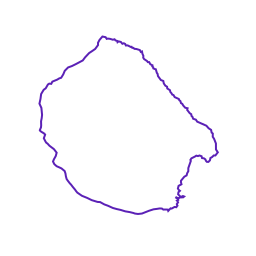 outline of Malabo, Bioko Norte, Equatorial Guinea, rotated 107°
{"feature_id": "11065452B197102371645", "entity_name": "Malabo", "entity_type": "district", "adm_level": 2, "iso_a3": "GNQ", "parent_name": "Equatorial Guinea", "parent_adm1": "Bioko Norte", "projection": "robinson", "projection_center": [8.719, 3.675], "detail": "fine", "context": "isolated", "style": "outline", "palette": "violet", "viewbox_px": 256, "rotation_deg": 107, "n_neighbors": 0, "source": "geoboundaries", "source_scale": "gbopen_adm2", "svg_char_len": 2823}
<svg xmlns="http://www.w3.org/2000/svg" viewBox="0 0 256 256"><g transform="rotate(107 128 128)"><path d="M195.5,65.3L192.4,63.8L192.3,62.7L189.9,60.4L189.6,58.6L188.8,58.5L187.8,58.0L186.5,59.1L184.5,58.4L184.0,59.0L183.5,59.1L183.1,59.9L182.1,58.9L181.2,59.4L180.6,61.6L180.2,61.5L180.5,59.8L179.9,58.6L179.1,57.8L178.2,55.0L177.1,54.3L177.0,55.6L178.0,56.6L178.2,58.1L176.7,60.7L174.7,61.0L172.9,60.0L172.4,61.3L171.3,62.6L168.5,62.7L166.2,60.4L164.2,61.6L162.9,61.9L158.1,59.9L156.2,58.1L154.0,58.2L151.7,57.7L148.7,58.6L141.1,58.3L140.3,59.0L138.5,58.5L135.6,55.5L134.5,54.6L134.4,52.9L133.4,51.6L133.5,49.4L135.1,48.4L134.8,46.5L135.4,44.8L136.5,44.0L137.3,42.7L136.9,41.2L135.0,40.2L132.6,40.4L131.1,39.0L129.2,38.0L128.7,36.4L125.0,35.0L122.8,37.6L117.1,39.4L113.2,42.5L111.6,44.4L108.5,45.3L107.9,46.7L105.5,48.0L104.7,50.8L102.9,53.7L101.7,63.7L100.2,65.5L100.1,68.4L98.4,69.7L98.0,70.7L96.3,71.6L95.8,73.3L93.4,76.7L91.7,76.8L91.9,79.2L90.4,81.7L89.0,83.2L88.7,84.6L86.9,85.8L86.5,87.0L85.4,87.9L84.8,92.4L83.2,94.1L83.1,95.5L82.1,96.5L81.1,98.1L79.6,98.9L78.7,102.0L77.1,102.7L76.6,104.7L74.9,106.8L72.7,108.0L72.5,110.6L69.6,114.5L67.5,115.6L66.9,116.5L63.7,118.6L63.8,119.5L63.6,121.2L62.5,121.7L62.0,122.8L60.9,122.9L60.5,125.3L58.8,127.0L59.2,128.3L58.4,129.4L57.4,132.7L56.3,134.0L54.5,134.4L52.8,135.9L50.7,137.0L51.5,138.0L50.0,139.5L50.0,143.1L50.4,145.0L49.8,146.3L50.1,147.4L49.3,148.3L49.7,149.0L49.1,152.5L49.7,154.2L48.5,155.2L48.2,156.8L49.1,158.0L47.8,160.0L47.9,162.3L49.0,163.1L47.9,163.8L47.9,165.6L47.1,166.8L48.0,168.3L48.0,171.2L48.4,173.5L49.0,174.4L47.7,176.0L48.0,179.2L48.7,179.5L52.1,181.0L55.3,181.6L57.4,180.9L62.0,182.5L64.8,184.7L67.7,187.1L73.0,189.7L76.6,191.0L78.8,193.2L82.1,196.5L85.2,199.8L87.6,203.0L91.8,205.2L95.7,205.6L99.5,206.6L100.7,208.3L102.4,209.8L104.2,212.0L105.8,213.9L108.2,214.3L108.6,216.3L109.8,217.3L114.1,218.3L116.1,219.8L120.9,221.0L125.8,220.2L130.6,219.8L134.1,216.7L140.6,214.0L143.9,213.4L147.0,213.1L150.9,211.8L152.8,211.4L155.9,211.7L156.3,211.3L156.5,210.9L156.8,210.2L157.0,209.6L157.2,208.8L157.3,208.1L157.6,207.5L157.8,206.6L157.8,206.3L158.2,206.0L158.3,205.8L158.6,205.3L162.4,205.5L164.6,203.4L165.9,202.0L166.5,200.3L167.9,198.0L169.9,192.6L171.4,190.5L172.5,189.0L176.0,188.9L179.6,189.7L182.0,189.9L184.1,187.9L185.4,185.1L185.7,182.5L186.1,179.8L187.7,176.0L189.8,174.5L192.3,173.3L194.7,171.8L195.9,170.3L197.9,167.5L198.8,165.9L200.4,163.7L202.5,160.5L203.4,159.4L204.6,157.6L206.3,152.2L206.8,146.6L207.6,141.6L207.6,135.5L207.0,133.0L208.0,128.3L208.2,124.5L208.9,119.1L208.8,115.0L208.5,111.1L208.5,106.2L207.9,101.6L207.7,98.0L207.8,96.4L207.3,93.3L205.7,89.6L202.9,86.1L201.0,83.7L198.3,79.8L196.8,76.5L195.8,74.5L195.1,72.1L195.7,70.4L195.1,68.7L194.4,66.1L195.5,65.3Z" fill="none" stroke="#5b21b6" stroke-width="2"/></g></svg>